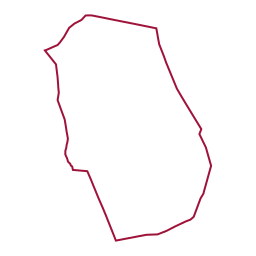 Santa María Yosoyúa, Oaxaca, Mexico
{"feature_id": "50627088B36339688487360", "entity_name": "Santa María Yosoyúa", "entity_type": "district", "adm_level": 2, "iso_a3": "MEX", "parent_name": "Mexico", "parent_adm1": "Oaxaca", "projection": "mercator", "projection_center": [-97.509, 17.107], "detail": "fine", "context": "isolated", "style": "outline", "palette": "rose", "viewbox_px": 256, "rotation_deg": 0, "n_neighbors": 0, "source": "geoboundaries", "source_scale": "gbopen_adm2", "svg_char_len": 1236}
<svg xmlns="http://www.w3.org/2000/svg" viewBox="0 0 256 256"><path d="M115.9,240.6L126.8,238.5L146.3,234.8L157.5,234.4L166.5,230.9L174.8,226.6L185.8,221.4L190.5,219.6L193.7,216.8L200.6,198.3L203.5,193.5L203.9,191.7L211.1,165.8L205.9,147.5L199.4,134.1L201.3,129.1L193.1,115.7L185.5,103.2L180.7,95.2L176.9,88.7L166.1,62.5L164.5,57.9L164.4,57.7L163.8,56.0L159.2,44.3L157.6,35.6L157.6,35.4L156.3,28.3L155.6,28.2L149.3,26.9L133.4,23.7L114.6,20.0L104.3,17.9L92.7,15.6L91.3,15.4L90.5,15.4L89.8,15.4L89.7,15.4L89.3,15.4L88.1,15.4L85.6,15.5L81.5,19.9L74.4,23.6L69.7,27.4L69.5,27.5L69.3,27.6L64.7,35.6L64.6,35.9L63.7,37.3L62.0,39.6L61.7,40.0L59.7,42.7L57.6,45.0L56.3,45.6L56.0,45.7L55.0,46.1L54.8,46.2L46.5,49.9L44.9,50.4L47.2,53.4L47.3,53.5L48.7,55.2L55.3,63.5L56.0,64.4L57.2,74.2L57.5,76.4L58.1,84.2L58.3,87.6L58.4,88.8L58.8,92.7L57.6,100.1L61.6,111.1L64.7,119.5L66.1,128.1L66.7,132.1L67.2,134.8L67.9,138.7L67.6,140.6L67.3,142.5L66.7,144.6L66.2,148.1L65.5,150.3L65.3,151.6L65.4,153.4L65.2,154.0L66.2,156.5L67.1,158.4L68.0,161.6L70.3,163.9L70.8,165.5L72.2,166.5L72.9,169.9L87.3,171.2L90.8,179.3L93.2,185.2L98.7,198.6L103.0,208.4L105.2,213.8L105.5,214.4L107.9,220.5L112.1,231.0L115.9,240.6Z" fill="none" stroke="#9f1239" stroke-width="2"/></svg>